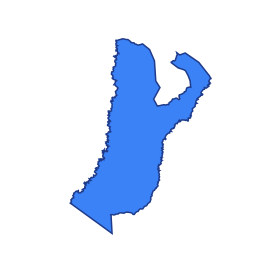 Assis Brasil, Acre, Brazil, rotated 306°
{"feature_id": "56859067B14665514610138", "entity_name": "Assis Brasil", "entity_type": "district", "adm_level": 2, "iso_a3": "BRA", "parent_name": "Brazil", "parent_adm1": "Acre", "projection": "robinson", "projection_center": [-69.972, -10.719], "detail": "fine", "context": "isolated", "style": "filled", "palette": "blue", "viewbox_px": 256, "rotation_deg": 306, "n_neighbors": 0, "source": "geoboundaries", "source_scale": "gbopen_adm2", "svg_char_len": 5932}
<svg xmlns="http://www.w3.org/2000/svg" viewBox="0 0 256 256"><g transform="rotate(306 128 128)"><path d="M95.2,121.5L94.8,122.0L93.3,121.7L92.9,122.0L93.9,122.9L90.8,123.8L90.2,124.4L90.0,126.5L89.7,126.8L89.3,126.7L89.0,125.9L88.2,126.9L87.2,124.3L86.7,123.8L86.5,125.8L85.9,125.7L85.5,125.2L85.5,123.1L84.0,124.4L82.9,123.8L82.5,124.5L80.9,124.8L80.6,126.8L80.1,127.0L78.9,126.7L78.1,127.4L77.3,125.7L76.1,125.5L75.9,126.3L76.2,127.3L75.4,127.5L74.9,126.7L73.5,126.5L72.8,126.8L72.6,129.1L72.3,129.7L70.2,129.6L69.7,127.9L68.1,129.2L67.7,128.6L66.8,128.4L66.4,127.9L66.4,127.3L64.7,127.3L64.3,127.1L64.1,126.5L63.6,127.4L63.9,128.1L63.8,128.8L62.0,127.1L60.4,128.4L60.4,126.6L59.9,126.3L58.7,127.0L58.4,126.7L58.7,124.9L57.9,124.8L57.3,125.0L57.1,127.5L56.4,127.1L54.7,127.8L54.8,128.4L54.3,128.7L51.6,127.3L51.7,128.3L50.1,128.9L50.0,128.3L49.5,127.7L47.9,127.9L46.6,126.4L46.7,125.3L47.7,125.2L48.2,124.6L46.9,124.1L46.6,123.4L45.9,123.0L44.5,123.0L43.3,122.4L42.4,123.3L41.0,123.1L40.2,124.7L39.8,125.0L39.5,124.5L38.9,124.7L38.0,124.1L37.0,124.5L36.3,124.1L35.5,125.3L34.4,125.4L33.9,126.5L33.3,125.9L33.3,177.1L47.3,165.7L47.5,165.1L48.7,166.0L49.1,167.2L50.0,168.4L51.2,168.8L52.7,170.6L54.0,170.9L54.8,171.5L56.8,174.9L57.2,174.9L59.2,176.4L61.0,179.6L61.5,181.5L61.1,182.9L61.8,183.9L63.9,183.8L65.7,184.4L66.5,185.2L68.1,185.0L69.4,185.3L70.0,185.6L70.5,186.7L71.3,187.5L74.3,187.4L76.1,188.7L78.5,188.5L81.1,189.3L83.8,188.4L85.6,186.9L87.2,187.3L87.8,187.0L88.3,186.0L89.0,186.2L91.6,185.3L93.3,186.0L93.8,185.7L95.9,186.2L96.2,185.8L98.1,186.4L99.2,186.0L99.8,184.9L101.2,184.7L101.6,184.0L102.0,184.3L103.4,183.9L104.5,184.1L104.8,182.9L107.1,182.2L107.4,181.2L108.9,180.7L110.1,178.9L111.2,178.6L110.9,178.3L111.2,177.9L111.8,177.9L112.3,178.4L112.3,176.2L112.9,176.2L112.8,177.0L113.8,176.7L114.2,175.2L114.9,174.8L115.5,175.2L116.0,174.6L116.5,174.5L116.5,175.3L118.6,175.8L119.0,174.8L120.7,174.7L121.5,173.6L121.9,174.2L122.0,173.4L123.1,173.3L123.3,172.1L124.7,172.9L124.9,172.2L125.4,171.8L126.8,171.5L127.4,170.6L127.9,170.8L128.3,170.2L128.9,170.5L129.3,170.2L129.7,168.4L131.2,168.9L131.2,167.8L131.6,167.0L132.6,167.9L134.4,166.4L135.0,166.3L134.7,165.7L135.9,165.3L135.9,164.3L137.0,163.8L137.9,164.0L139.2,163.2L140.5,163.7L140.6,165.0L141.0,165.2L141.6,164.8L141.5,164.0L141.9,163.6L144.4,163.0L147.6,163.6L148.4,164.6L149.6,164.0L150.1,164.1L150.8,165.2L151.2,163.9L151.8,163.6L153.0,163.8L153.5,164.5L154.7,164.6L154.6,165.2L155.1,165.3L157.6,164.6L157.8,163.9L159.8,164.2L160.5,165.3L161.6,164.8L162.8,165.5L164.1,164.7L164.5,164.9L163.8,166.4L164.4,166.6L165.8,166.4L167.7,169.1L167.8,169.9L168.9,170.7L168.7,171.8L169.0,172.5L169.6,172.4L171.4,170.9L171.9,171.4L172.3,172.4L173.2,172.5L174.8,171.1L175.1,171.9L176.2,170.8L178.1,170.1L179.7,170.4L181.4,168.7L184.9,169.6L187.0,168.3L188.6,169.3L188.5,167.9L188.9,167.5L190.5,167.0L192.4,168.0L192.6,167.5L192.1,166.9L192.5,166.6L196.3,167.8L197.3,167.5L197.9,168.6L198.9,168.8L199.3,168.3L199.0,167.6L199.3,166.4L199.8,166.1L203.3,166.2L204.2,167.0L204.7,167.0L205.6,166.1L206.3,167.9L209.3,168.8L209.3,167.4L209.8,167.3L211.2,168.4L211.8,168.2L211.6,167.5L212.0,167.4L212.8,168.0L213.2,165.9L215.7,165.5L216.7,166.1L217.2,165.4L217.3,164.4L218.0,163.4L222.7,146.7L222.3,130.2L217.5,126.9L217.6,123.1L216.1,125.0L214.8,124.9L213.8,125.5L211.9,125.9L211.1,126.4L209.7,126.3L209.0,124.9L208.0,124.9L206.6,124.2L206.3,124.6L206.1,133.2L208.0,139.1L208.1,141.0L205.7,145.9L202.6,150.6L197.8,154.8L197.3,153.7L195.3,152.1L193.4,152.4L192.5,153.1L191.4,153.1L190.5,152.3L189.4,152.6L186.7,151.4L185.0,150.1L183.8,150.4L183.8,151.0L182.8,151.5L182.1,152.7L181.5,152.8L180.8,152.4L180.8,149.9L180.0,148.9L178.7,148.3L177.8,147.1L177.0,147.0L176.2,147.4L174.8,147.2L172.7,146.4L170.9,147.1L170.5,146.9L170.2,146.0L168.7,145.0L168.0,143.4L163.0,138.9L166.4,131.8L179.5,130.1L182.4,122.8L197.9,109.9L204.1,99.4L204.6,90.4L201.4,87.9L200.7,86.7L200.6,85.5L200.0,84.0L200.4,82.8L198.9,80.3L199.4,79.4L199.5,75.9L198.6,74.7L197.5,72.0L196.2,70.4L195.5,70.2L194.0,68.8L193.0,68.3L191.8,66.7L191.0,67.4L190.8,68.6L190.2,68.8L189.4,68.5L188.0,69.6L188.4,71.2L187.4,70.7L186.0,71.1L186.1,72.6L185.7,72.9L183.9,72.4L183.4,73.0L184.3,73.1L184.6,73.5L182.9,75.3L183.1,76.5L182.8,76.9L182.3,76.2L181.7,75.9L180.5,76.5L179.5,75.6L178.8,76.5L178.4,76.1L178.1,74.4L177.6,74.3L177.5,77.7L176.8,78.5L176.3,78.6L175.6,77.7L174.2,78.1L173.7,78.7L173.5,80.0L172.2,80.4L171.3,81.4L170.1,81.3L168.7,80.3L168.2,80.4L167.9,81.3L166.7,81.3L166.1,82.5L164.9,82.8L163.8,81.9L162.0,82.8L161.6,83.2L161.7,84.5L160.1,86.3L159.7,86.4L159.2,85.9L158.8,86.3L159.0,88.6L159.6,89.8L159.5,91.1L158.3,90.4L157.1,91.1L154.7,91.2L155.3,92.4L154.8,93.6L154.7,96.1L154.3,96.6L153.6,96.4L152.5,96.8L150.1,96.4L148.1,98.8L147.8,99.8L145.8,98.9L145.1,99.6L144.4,99.3L144.0,97.7L143.3,97.3L142.8,97.4L141.1,100.0L140.4,99.7L140.4,98.2L139.3,98.4L138.1,101.1L136.0,102.3L135.0,103.2L134.4,103.3L133.8,102.8L132.4,104.5L131.6,104.3L130.2,102.1L129.4,102.6L129.1,103.3L129.6,104.0L129.0,104.5L128.2,104.0L127.6,104.1L127.4,105.5L126.5,104.7L126.4,105.8L126.0,106.2L124.3,105.9L123.4,107.6L123.5,109.1L122.6,109.0L122.2,109.5L120.8,108.6L120.3,110.2L119.0,109.5L118.1,109.9L118.4,113.0L116.8,113.0L116.3,114.3L115.5,114.7L114.8,116.2L113.9,115.6L113.8,114.8L112.9,114.5L111.6,114.9L110.3,113.8L109.8,114.2L110.1,116.6L109.8,117.1L109.3,117.0L109.2,116.5L108.6,116.5L108.9,117.2L108.0,117.3L107.3,118.1L106.7,118.0L106.6,119.2L106.1,118.7L105.6,118.8L105.5,119.9L104.9,120.4L104.4,118.8L103.6,118.3L103.5,119.0L102.6,119.0L102.6,119.8L101.5,120.6L102.2,121.6L101.4,121.9L101.9,123.1L100.7,122.7L100.2,123.2L99.4,123.3L98.2,122.8L97.3,123.8L97.5,124.9L96.9,125.1L96.8,124.3L96.2,124.3L95.9,123.8L96.0,123.1L95.3,122.1L96.3,121.5L95.2,121.5ZM95.2,121.5L94.6,120.6L94.3,120.9L94.6,121.3L95.2,121.5ZM122.6,109.0L122.6,108.3L122.1,108.2L122.6,109.0Z" fill="#3b82f6" stroke="#1e3a8a" stroke-width="1.5"/></g></svg>